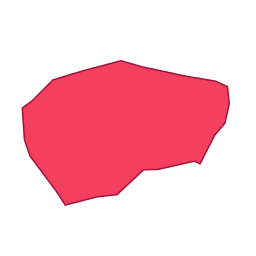 outline of San Andrés Lagunas, Oaxaca, Mexico, rotated 262°
{"feature_id": "50627088B92611149671356", "entity_name": "San Andrés Lagunas", "entity_type": "district", "adm_level": 2, "iso_a3": "MEX", "parent_name": "Mexico", "parent_adm1": "Oaxaca", "projection": "natural_earth1", "projection_center": [-97.531, 17.586], "detail": "fine", "context": "isolated", "style": "filled", "palette": "rose", "viewbox_px": 256, "rotation_deg": 262, "n_neighbors": 0, "source": "geoboundaries", "source_scale": "gbopen_adm2", "svg_char_len": 508}
<svg xmlns="http://www.w3.org/2000/svg" viewBox="0 0 256 256"><g transform="rotate(262 128 128)"><path d="M186.1,60.4L168.1,36.6L162.5,26.1L131.1,23.8L114.1,27.0L93.8,38.1L75.1,48.3L60.4,55.1L64.1,87.2L63.6,108.0L84.5,137.6L82.8,151.5L85.9,189.0L82.5,194.3L84.6,195.8L95.1,203.2L108.7,212.8L117.7,222.9L119.3,224.6L128.0,227.9L138.2,231.7L144.7,231.9L155.1,232.2L162.1,221.4L171.3,192.4L186.8,150.0L195.6,130.4L191.3,94.3L189.0,78.7L186.1,60.4Z" fill="#f43f5e" stroke="#9f1239" stroke-width="1.5"/></g></svg>